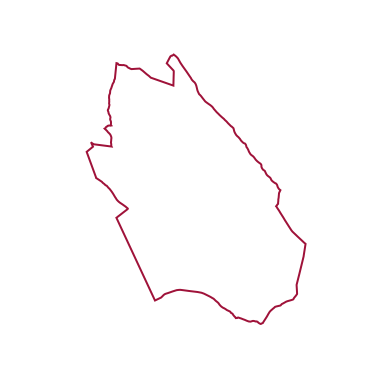 the district of Fafi, North-Eastern, Kenya, rotated 155°
{"feature_id": "3690345B31550600225726", "entity_name": "Fafi", "entity_type": "district", "adm_level": 2, "iso_a3": "KEN", "parent_name": "Kenya", "parent_adm1": "North-Eastern", "projection": "equal_earth", "projection_center": [40.194, -0.782], "detail": "fine", "context": "isolated", "style": "outline", "palette": "rose", "viewbox_px": 384, "rotation_deg": 155, "n_neighbors": 0, "source": "geoboundaries", "source_scale": "gbopen_adm2", "svg_char_len": 6025}
<svg xmlns="http://www.w3.org/2000/svg" viewBox="0 0 384 384"><g transform="rotate(155 192 192)"><path d="M111.0,97.0L111.8,98.7L115.2,107.2L117.7,113.6L118.1,115.2L118.2,115.9L118.6,118.8L119.7,127.1L120.0,130.1L120.7,135.5L121.0,138.4L121.3,140.3L121.6,142.3L121.6,143.1L121.8,143.5L121.5,143.7L120.7,144.0L120.2,144.4L119.9,144.6L119.4,144.7L119.0,144.9L118.7,145.4L118.4,146.1L117.7,147.2L116.9,148.8L115.9,150.2L113.6,154.2L113.1,154.6L112.6,155.1L111.8,155.7L111.1,156.3L111.5,157.1L111.8,157.6L112.0,158.5L112.1,159.0L112.2,160.5L112.0,161.7L111.9,162.4L112.0,163.1L112.1,163.6L112.3,164.2L112.6,164.6L113.0,165.0L114.0,166.7L114.7,168.2L114.9,168.8L115.0,169.2L115.0,169.9L115.0,171.2L115.1,171.8L115.4,172.5L115.9,173.5L116.2,174.1L116.4,174.4L116.6,174.9L116.8,175.4L117.0,176.2L117.1,177.1L117.1,179.5L117.1,180.3L117.3,180.7L117.8,181.6L118.2,182.2L118.4,183.3L118.5,184.1L118.5,184.7L118.4,185.5L117.8,186.9L117.8,187.1L117.7,187.5L117.8,188.1L118.0,188.8L118.5,189.6L119.0,190.5L119.5,191.5L120.0,192.6L120.3,193.5L120.6,194.3L121.1,197.1L121.5,198.4L121.9,199.2L122.3,199.9L122.6,200.5L123.0,201.4L123.1,202.4L123.3,203.8L123.3,205.5L123.2,206.4L123.3,208.0L123.4,208.9L123.6,209.4L123.6,209.6L123.5,210.4L123.3,211.2L123.2,211.8L123.3,212.4L123.3,212.8L123.5,213.5L124.1,214.1L124.6,214.7L125.2,216.0L125.4,216.7L125.7,217.4L125.9,218.3L126.1,219.9L126.4,220.9L126.8,222.3L127.3,223.2L127.5,223.9L127.8,224.7L127.9,225.3L128.1,227.3L128.1,227.9L128.1,228.7L128.0,229.4L127.5,232.0L127.5,232.4L127.6,232.6L127.7,232.9L128.3,234.3L128.4,234.6L128.8,235.1L129.1,235.9L129.6,237.3L130.2,238.9L130.9,241.3L131.9,243.7L132.1,244.6L132.7,245.9L133.3,247.2L134.0,248.9L134.5,250.1L135.0,251.6L135.9,253.9L137.1,258.1L137.2,258.8L137.4,259.9L137.8,261.1L138.1,261.8L138.8,263.2L139.7,264.7L141.2,267.4L141.7,268.4L141.9,269.1L142.1,270.0L142.6,272.1L143.3,275.3L143.8,276.8L144.1,277.4L144.2,277.8L144.2,278.6L144.2,279.8L144.2,281.0L144.1,281.9L144.0,282.5L143.6,284.4L143.2,286.5L143.1,287.8L143.1,288.7L143.2,289.5L143.4,290.4L144.1,291.9L144.3,292.6L144.5,293.1L144.7,294.0L144.8,294.8L144.8,295.7L145.0,296.8L146.1,303.6L147.3,310.0L147.9,313.9L148.0,315.1L148.2,317.8L148.3,319.1L148.7,320.3L149.0,321.3L149.3,321.9L150.0,323.4L150.2,323.6L150.3,323.8L150.5,324.3L152.2,323.9L152.5,324.1L152.9,324.2L153.8,324.1L154.5,323.9L155.1,323.3L155.4,323.2L160.5,319.3L157.4,309.8L157.6,308.9L163.9,296.3L168.7,301.0L181.0,313.0L181.5,314.2L181.9,315.2L183.4,318.1L184.2,319.9L185.4,322.6L186.7,325.0L187.3,326.0L191.1,327.5L194.5,328.8L194.8,328.9L195.6,329.6L197.2,331.6L197.5,332.1L197.7,332.6L198.1,334.0L198.4,334.3L199.9,335.6L200.2,335.9L200.7,336.1L201.7,336.5L202.9,337.2L203.4,337.4L204.0,337.8L204.5,338.1L204.8,338.9L205.1,340.0L205.4,340.2L206.0,340.7L214.1,327.1L214.5,326.9L215.0,326.5L215.3,326.2L216.1,325.0L216.4,324.7L217.0,324.3L218.0,323.6L218.5,323.2L218.8,322.9L219.0,322.6L220.1,321.5L221.2,320.3L222.6,319.1L223.1,318.6L223.4,318.2L224.6,316.1L226.2,314.6L227.2,312.8L227.5,312.1L227.8,311.0L228.2,310.3L228.8,308.9L229.7,307.3L229.9,306.8L229.9,306.1L230.0,305.8L230.2,305.5L232.0,303.3L232.5,302.7L232.9,302.5L233.2,302.3L233.5,302.0L233.6,301.8L233.8,301.5L233.8,301.2L233.9,300.9L233.9,300.1L234.0,299.6L234.2,298.9L234.3,298.6L234.3,297.6L234.1,295.2L234.2,294.8L234.3,294.3L234.5,293.8L235.3,292.8L235.5,292.3L235.6,291.8L235.7,290.1L235.8,289.8L236.1,289.1L236.6,288.1L237.1,287.2L237.2,286.8L237.1,286.4L237.9,286.6L238.7,287.1L239.2,287.4L239.5,287.4L239.9,287.4L240.5,287.6L240.8,287.5L241.1,287.3L242.3,287.2L242.5,287.1L242.8,287.0L243.1,286.7L243.6,286.5L244.0,286.4L244.4,286.4L244.3,286.0L243.8,285.0L243.6,284.3L243.2,283.3L243.0,282.4L242.9,281.9L242.8,281.5L242.6,281.1L242.3,280.3L242.2,280.0L242.1,279.6L241.9,279.1L241.8,278.5L241.8,277.0L241.9,276.0L242.0,275.6L242.3,274.8L242.6,274.4L243.3,273.2L243.7,272.4L244.4,271.4L244.6,270.9L245.0,269.4L245.5,268.4L245.6,268.0L245.7,267.6L245.7,267.2L260.6,276.6L261.0,277.1L261.7,278.0L261.9,278.3L262.1,278.8L262.5,279.8L262.6,274.9L270.5,272.9L272.8,246.0L273.0,245.3L270.9,241.9L269.3,239.2L269.2,238.6L268.7,237.4L268.4,236.9L268.0,236.2L267.9,235.6L267.6,235.0L267.0,234.0L266.7,233.8L266.5,233.2L266.0,231.2L265.4,229.7L264.8,227.1L264.5,225.5L264.2,223.4L264.1,222.4L264.0,221.3L263.8,219.4L263.6,218.5L263.5,217.1L263.1,215.7L262.6,214.3L262.1,213.3L261.8,212.7L260.1,209.9L259.6,209.0L259.1,208.1L258.8,207.6L258.3,206.7L257.8,205.5L257.3,204.6L257.2,204.0L257.6,203.7L271.4,200.6L271.4,109.3L264.8,109.4L264.5,109.4L261.3,110.6L260.5,110.8L259.8,110.9L259.3,110.9L258.1,110.8L256.8,110.6L254.9,110.4L251.8,110.1L247.9,109.6L247.3,109.5L245.2,108.8L244.2,108.4L243.5,108.0L241.9,107.0L236.6,103.6L229.2,99.0L226.0,96.7L224.1,94.8L220.1,89.8L218.6,87.7L218.4,87.2L217.8,86.6L217.5,86.1L216.5,83.4L215.5,81.4L215.0,80.2L214.8,79.0L214.7,78.3L214.3,77.0L214.1,76.4L213.9,75.9L213.3,74.8L212.6,73.7L212.4,73.4L212.0,73.1L211.7,72.6L211.4,72.2L210.9,71.4L210.7,71.0L210.4,70.4L209.9,69.8L208.8,68.5L207.9,67.3L207.8,66.1L206.8,64.7L206.7,64.4L206.6,63.2L206.1,61.2L205.8,60.6L205.7,60.2L205.6,59.2L205.1,59.0L204.7,59.0L204.3,58.7L203.9,58.7L203.3,58.8L202.4,58.0L201.8,57.4L201.0,56.7L199.7,55.3L198.1,53.7L196.9,52.3L195.3,50.7L194.6,50.3L194.2,50.0L193.8,49.8L193.2,49.7L191.6,49.5L191.2,49.4L190.8,49.2L190.1,48.7L189.8,48.5L189.6,48.3L189.3,47.9L189.1,47.8L188.7,47.7L188.3,47.5L188.0,47.1L187.7,47.0L187.4,46.7L187.4,46.3L186.8,45.0L186.0,43.9L185.7,43.5L185.4,43.4L184.9,43.3L184.3,43.4L183.9,43.4L183.6,43.3L183.2,43.3L182.7,43.7L177.3,47.1L175.7,48.2L174.2,49.3L172.2,50.6L171.5,50.9L170.4,51.3L168.6,51.8L168.1,52.0L167.1,52.2L165.2,52.8L163.8,52.6L162.9,52.4L161.9,52.2L160.1,51.8L159.6,51.8L158.0,52.5L157.7,52.5L156.5,52.5L156.1,52.6L155.3,52.6L153.3,52.8L152.7,52.8L151.6,52.7L147.3,52.0L146.0,51.9L145.6,51.9L145.4,52.0L144.4,52.8L143.4,53.3L141.7,54.1L140.1,55.0L139.8,55.3L139.0,57.2L136.6,63.3L136.4,63.7L129.4,72.3L118.1,86.4L117.4,87.5L111.0,97.0Z" fill="none" stroke="#9f1239" stroke-width="2"/></g></svg>